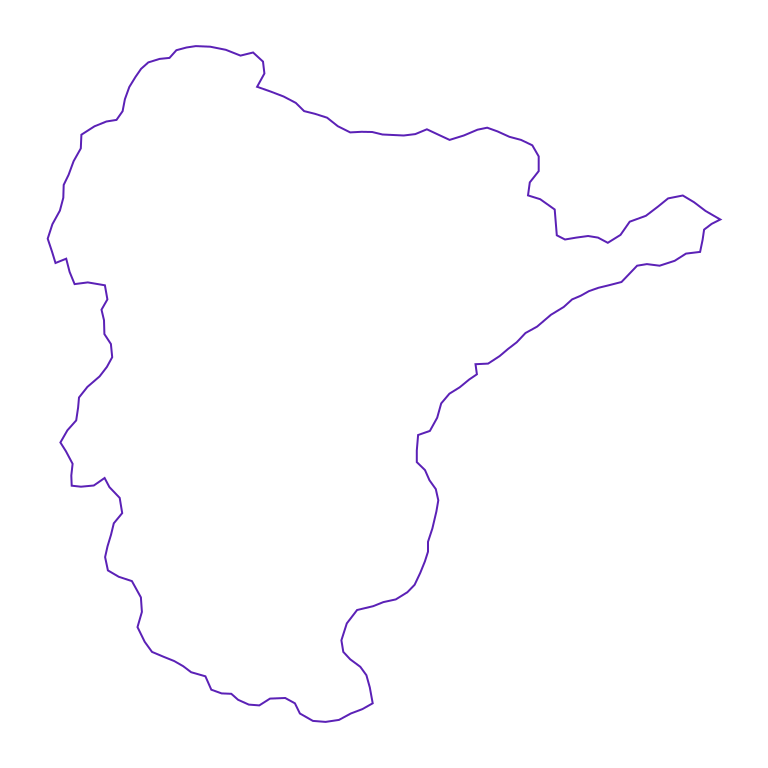 the district of Cambuí, Minas Gerais, Brazil
{"feature_id": "56859067B55760606660323", "entity_name": "Cambuí", "entity_type": "district", "adm_level": 2, "iso_a3": "BRA", "parent_name": "Brazil", "parent_adm1": "Minas Gerais", "projection": "orthographic", "projection_center": [-46.068, -22.592], "detail": "fine", "context": "isolated", "style": "outline", "palette": "violet", "viewbox_px": 768, "rotation_deg": 0, "n_neighbors": 0, "source": "geoboundaries", "source_scale": "gbopen_adm2", "svg_char_len": 2454}
<svg xmlns="http://www.w3.org/2000/svg" viewBox="0 0 768 768"><path d="M81.4,134.7L80.8,148.4L73.6,161.2L68.6,174.8L63.7,184.9L63.3,197.8L59.9,210.6L52.4,224.2L47.7,238.7L52.1,251.9L55.5,263.0L66.2,258.7L69.6,271.9L74.6,284.1L87.8,282.4L104.9,285.3L107.4,299.4L101.5,309.7L104.0,320.2L104.4,334.1L110.9,344.0L112.2,357.2L106.9,366.9L99.6,376.4L87.4,386.9L79.0,397.5L78.1,407.6L76.2,420.4L67.4,430.3L60.4,442.5L65.9,451.2L72.6,463.8L71.3,475.6L71.7,485.7L81.0,486.7L93.8,485.5L104.6,478.0L109.4,487.1L119.7,497.9L122.2,513.1L113.8,523.3L111.0,534.8L107.5,546.4L105.1,557.1L107.9,570.4L118.8,576.8L131.9,581.1L140.9,597.4L141.9,611.9L137.5,627.1L144.7,641.8L152.0,651.9L163.4,656.7L174.1,661.0L183.2,666.2L191.1,672.2L205.4,676.3L211.3,689.7L221.6,693.4L231.3,693.8L238.1,699.8L248.8,704.6L259.3,705.4L270.0,698.6L285.2,698.0L294.9,703.3L299.9,713.5L312.9,720.9L325.6,721.9L339.0,719.9L350.8,713.5L362.4,709.1L372.7,703.3L369.8,687.4L366.4,675.2L360.3,666.8L350.2,659.3L343.3,651.9L341.4,640.3L346.8,623.4L357.1,610.0L373.1,606.2L383.4,602.1L395.8,599.4L407.4,592.2L414.6,584.8L420.2,573.0L424.9,561.4L428.0,551.7L428.0,541.8L432.4,528.4L436.4,511.4L438.3,500.3L435.8,489.1L429.5,480.3L425.0,470.1L416.8,462.1L416.8,450.5L418.1,435.0L429.9,430.9L437.2,417.7L441.2,403.4L449.4,393.7L459.7,387.3L469.2,379.5L476.9,374.3L475.5,364.2L488.1,363.6L499.6,356.1L508.1,348.9L516.7,342.3L525.5,333.0L537.1,326.6L550.9,314.8L563.7,307.0L572.1,299.4L580.8,295.7L589.0,291.1L598.4,287.8L608.7,285.3L621.5,282.0L630.6,272.5L637.1,265.7L646.9,264.1L659.6,265.7L674.7,260.8L686.0,253.6L700.1,251.9L702.6,239.8L704.1,229.6L711.6,223.9L720.3,219.5L705.6,211.0L694.0,202.2L682.8,195.5L668.1,198.4L657.6,206.9L645.9,215.8L629.7,221.7L620.5,234.9L607.8,242.8L598.0,237.6L588.1,236.0L576.3,237.6L565.0,239.5L556.8,235.3L555.9,224.2L554.7,209.5L540.2,199.2L528.0,195.4L529.8,182.4L538.7,171.1L538.7,156.4L532.3,145.3L521.0,139.9L509.4,136.8L497.5,131.4L487.2,127.7L477.5,129.7L463.8,135.5L449.6,139.9L438.4,134.7L426.9,129.3L415.3,134.1L403.7,135.5L382.5,134.5L372.2,132.0L361.5,131.8L350.2,132.4L337.8,126.2L327.1,117.7L314.9,113.8L304.1,111.1L295.8,102.9L283.6,96.5L270.5,91.5L257.1,86.8L264.4,73.5L263.0,61.6L253.1,52.5L240.5,55.6L225.8,49.8L210.2,46.7L195.8,46.1L186.5,47.5L176.4,50.2L169.5,57.9L159.6,58.9L148.3,62.4L141.1,68.8L135.5,76.9L129.3,87.0L124.9,99.2L122.6,111.2L116.5,119.9L106.4,121.5L94.5,126.3L81.4,134.7Z" fill="none" stroke="#5b21b6" stroke-width="2"/></svg>